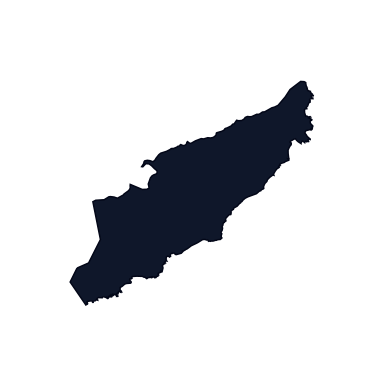 the district of Fomboni, Moûhîlî, Comoros, rotated 114°
{"feature_id": "10938185B23268545061954", "entity_name": "Fomboni", "entity_type": "district", "adm_level": 2, "iso_a3": "COM", "parent_name": "Comoros", "parent_adm1": "Moûhîlî", "projection": "robinson", "projection_center": [43.719, -12.295], "detail": "fine", "context": "isolated", "style": "filled", "palette": "ink", "viewbox_px": 384, "rotation_deg": 114, "n_neighbors": 0, "source": "geoboundaries", "source_scale": "gbopen_adm2", "svg_char_len": 6037}
<svg xmlns="http://www.w3.org/2000/svg" viewBox="0 0 384 384"><g transform="rotate(114 192 192)"><path d="M338.4,243.0L337.2,242.4L337.2,242.1L336.9,241.9L336.4,242.0L336.3,242.6L335.7,242.6L335.5,243.3L334.5,243.0L333.0,240.8L332.2,239.1L332.3,238.6L333.0,238.2L333.2,237.8L333.0,237.4L331.9,238.0L331.5,237.7L331.0,236.4L329.3,235.4L329.2,234.1L328.9,234.3L329.0,234.9L328.6,235.4L328.1,235.5L326.2,234.3L326.1,233.2L325.4,232.0L325.3,231.1L324.0,230.8L323.6,229.9L323.4,228.5L323.4,227.5L322.9,227.2L323.6,226.4L323.8,225.4L323.3,226.1L323.2,225.5L322.5,225.9L322.3,225.4L321.5,225.7L321.5,225.1L320.9,225.3L320.5,225.0L320.7,224.2L320.1,224.4L320.4,223.6L319.7,223.9L320.0,223.4L320.0,222.9L319.5,223.1L319.5,222.7L319.2,222.8L319.0,223.4L318.4,223.1L318.4,222.8L318.0,223.3L317.4,222.8L317.8,221.5L317.1,221.3L316.9,220.9L317.4,218.3L318.0,218.3L317.8,217.8L317.5,217.7L317.4,217.3L317.2,217.3L317.2,217.8L317.0,218.4L316.3,218.7L316.1,219.4L315.5,219.7L315.0,219.2L315.0,218.4L314.6,218.6L314.6,218.3L314.0,218.3L313.8,218.6L313.3,218.3L313.1,218.6L312.7,218.6L312.1,217.5L312.3,216.7L312.6,216.5L312.6,216.0L312.1,215.9L312.1,216.4L311.8,216.7L311.6,216.6L311.6,216.1L311.1,216.7L311.1,217.4L310.7,217.9L308.5,218.8L306.5,217.4L303.5,216.0L302.2,214.6L300.3,211.1L299.8,210.8L299.0,210.9L298.5,211.6L298.3,212.3L297.1,213.5L296.6,213.5L296.2,212.4L295.3,211.7L294.1,212.3L293.5,212.2L291.4,208.3L289.2,202.9L289.4,201.7L289.0,200.0L289.6,198.3L289.2,197.8L288.2,197.6L287.7,196.4L286.7,195.7L286.9,194.5L286.0,194.5L286.1,193.6L285.4,193.6L285.4,192.7L284.9,192.1L285.2,191.9L285.5,191.1L284.7,190.1L283.9,190.2L282.7,188.9L281.7,189.1L281.4,188.7L280.3,189.8L280.0,189.8L278.9,188.6L278.4,188.5L278.0,187.9L277.0,188.3L276.9,187.7L277.3,187.2L277.1,186.9L273.3,187.6L272.4,188.1L271.6,189.1L270.3,189.0L269.8,188.5L268.8,188.6L268.7,188.4L268.7,187.9L268.4,187.6L267.9,187.9L267.8,188.4L267.6,188.5L267.4,187.9L267.1,188.5L266.9,188.5L265.8,187.8L265.4,187.8L265.3,187.2L265.0,187.7L264.6,187.6L263.9,188.6L262.8,188.6L261.9,189.0L260.6,188.4L260.3,187.1L260.6,186.1L259.9,185.8L259.6,185.4L257.9,186.4L256.9,186.1L256.3,185.2L255.9,185.3L255.2,183.6L255.1,183.1L255.8,181.9L255.6,180.9L252.3,176.9L249.8,176.0L249.7,176.4L248.3,175.0L247.0,174.3L245.9,173.3L241.4,170.8L236.2,166.4L231.1,162.9L230.0,160.8L230.0,159.3L229.5,158.2L229.6,157.5L230.2,157.0L229.9,156.8L229.9,156.3L229.7,156.1L229.5,155.0L229.1,154.8L228.3,152.9L227.5,151.9L226.9,151.4L226.2,150.1L225.1,149.1L223.8,146.8L221.8,146.0L221.5,146.7L220.3,147.5L218.0,147.8L217.6,148.7L217.2,149.1L214.5,148.9L212.5,149.4L211.5,150.4L209.6,150.3L208.4,150.7L207.0,150.7L206.6,150.0L205.4,150.0L204.9,149.3L204.5,149.3L204.3,149.8L203.6,150.1L202.2,150.4L197.7,148.9L196.9,147.5L196.4,147.6L196.3,147.4L196.0,147.4L195.3,148.0L194.8,147.9L194.4,148.5L193.9,148.5L191.7,147.8L191.1,147.1L189.6,147.3L186.6,145.0L183.4,144.0L182.1,143.2L180.8,143.0L180.4,142.5L178.8,142.2L176.1,140.9L173.7,139.0L167.3,132.4L163.8,130.8L162.9,129.7L161.7,129.5L160.0,128.0L159.4,127.9L158.5,128.6L157.4,128.9L154.6,128.9L151.9,127.9L150.1,128.1L147.1,127.0L144.0,125.3L143.5,124.8L143.4,124.0L143.2,124.2L143.2,124.6L142.1,124.8L139.1,124.5L136.4,123.9L134.4,122.6L134.3,122.8L133.9,122.5L133.4,123.1L132.8,122.8L132.5,122.9L132.2,122.5L132.1,123.0L131.9,123.0L131.7,122.5L130.7,122.9L129.3,121.9L127.5,119.8L126.0,118.9L123.6,116.5L123.3,116.7L122.8,117.7L122.7,117.0L122.3,116.8L121.3,117.7L117.6,119.9L114.6,121.3L111.6,121.3L109.3,121.0L108.6,120.6L106.9,121.2L106.6,122.7L105.9,122.9L102.3,120.4L101.3,119.2L102.3,117.3L102.9,115.4L103.4,112.1L102.5,112.5L102.1,112.2L100.9,112.3L100.6,111.9L100.5,111.1L101.0,109.3L100.4,109.6L99.8,109.1L99.7,108.3L99.2,108.5L99.1,107.4L98.5,106.0L98.1,106.1L97.3,107.4L96.0,106.9L95.9,105.4L95.5,105.6L95.4,106.8L94.8,107.6L94.7,108.9L93.2,111.0L92.2,113.0L89.5,112.9L88.8,111.8L87.0,109.6L87.0,108.6L86.0,109.0L86.0,107.9L85.7,107.8L85.2,107.9L85.2,108.4L84.7,108.6L84.2,108.2L83.8,108.3L83.5,108.6L83.1,108.3L82.5,108.5L82.1,109.3L81.9,110.2L81.0,111.8L79.9,112.6L79.0,112.9L78.3,112.3L77.9,112.8L77.7,112.7L77.7,112.0L77.3,111.8L77.1,112.1L77.1,113.2L76.9,113.2L77.0,115.7L76.6,115.7L75.6,115.0L75.6,114.6L75.3,114.2L75.2,114.5L75.1,114.8L76.2,116.2L75.9,118.0L76.6,118.9L73.6,121.5L71.4,122.5L71.3,122.8L70.6,122.7L70.0,122.2L69.2,121.0L68.4,122.0L66.3,121.3L63.6,121.6L62.2,121.1L62.0,120.7L61.4,120.8L61.1,121.4L60.4,121.3L60.2,122.0L59.3,122.1L57.8,120.6L57.9,120.2L57.4,120.0L57.4,119.6L57.0,119.8L57.3,121.1L56.0,122.3L54.9,120.4L54.4,120.5L54.5,121.6L54.3,121.9L53.6,122.0L53.5,122.6L53.8,123.4L53.0,123.6L52.4,124.7L51.9,124.8L52.2,127.3L51.0,128.7L50.2,128.9L50.2,129.4L49.2,130.0L48.6,130.9L47.7,131.4L47.1,132.1L46.1,132.3L45.7,132.8L45.6,134.5L46.8,137.7L58.5,144.1L67.2,145.5L77.8,148.6L80.8,151.1L82.6,153.3L89.2,158.2L90.3,160.2L93.3,162.0L94.1,163.0L94.6,164.4L98.9,168.2L99.7,169.7L100.5,172.1L102.2,173.7L104.1,174.1L106.4,175.6L107.9,178.3L108.3,180.4L112.6,181.2L113.5,182.4L115.7,183.1L119.2,186.0L120.1,187.1L120.9,187.7L122.1,187.8L123.3,188.5L124.6,189.7L127.8,193.5L128.4,193.7L129.6,193.3L130.6,193.3L131.8,193.8L133.5,194.8L135.1,197.0L136.0,199.7L138.8,203.0L139.5,205.3L143.9,209.7L148.0,212.7L148.4,214.1L147.8,216.6L148.8,216.9L149.9,216.6L151.4,216.9L152.5,217.8L153.1,218.8L153.3,220.7L153.2,221.5L154.0,222.0L155.1,222.1L156.0,223.5L157.3,224.2L159.8,226.6L160.7,228.6L162.1,229.3L165.2,231.8L169.3,236.4L171.5,237.5L175.9,238.6L177.9,238.8L180.2,239.9L180.5,243.3L181.2,245.7L182.7,247.8L183.7,248.1L185.8,247.7L189.3,248.3L189.0,247.2L184.9,245.7L183.8,242.7L184.4,239.7L185.9,235.9L186.8,232.6L188.3,231.8L189.7,231.7L192.1,234.1L193.6,235.1L196.0,235.7L202.5,235.2L205.7,232.8L207.8,234.2L209.9,238.5L210.2,251.5L211.7,251.0L212.7,250.3L214.9,250.0L217.0,250.7L221.5,253.3L222.6,253.5L228.0,257.6L228.3,261.1L229.4,264.7L230.2,266.0L234.8,269.1L238.7,276.6L241.2,278.6L272.7,256.3L298.9,257.6L307.7,265.6L309.0,266.1L323.8,266.7L338.4,243.0Z" fill="#0f172a" stroke="#020617" stroke-width="1.5"/></g></svg>